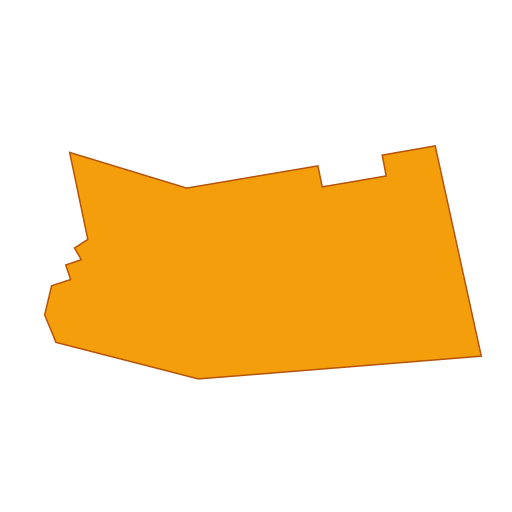 Fulton, New York, United States of America (Robinson projection), rotated 355°
{"feature_id": "52423323B72706838172398", "entity_name": "Fulton", "entity_type": "district", "adm_level": 2, "iso_a3": "USA", "parent_name": "United States of America", "parent_adm1": "New York", "projection": "robinson", "projection_center": [-74.528, 43.135], "detail": "fine", "context": "isolated", "style": "filled", "palette": "amber", "viewbox_px": 512, "rotation_deg": 355, "n_neighbors": 0, "source": "geoboundaries", "source_scale": "gbopen_adm2", "svg_char_len": 412}
<svg xmlns="http://www.w3.org/2000/svg" viewBox="0 0 512 512"><g transform="rotate(355 256 256)"><path d="M79.4,136.6L89.9,224.8L75.9,232.2L81.6,244.4L65.7,248.4L69.3,263.3L49.8,267.8L40.3,296.3L46.7,316.3L49.1,324.6L187.8,373.4L222.0,373.7L471.7,375.4L454.3,240.7L444.1,161.9L390.5,166.5L392.7,187.6L328.0,192.9L325.5,171.6L192.8,182.3L79.4,136.6Z" fill="#f59e0b" stroke="#b45309" stroke-width="1.5"/></g></svg>